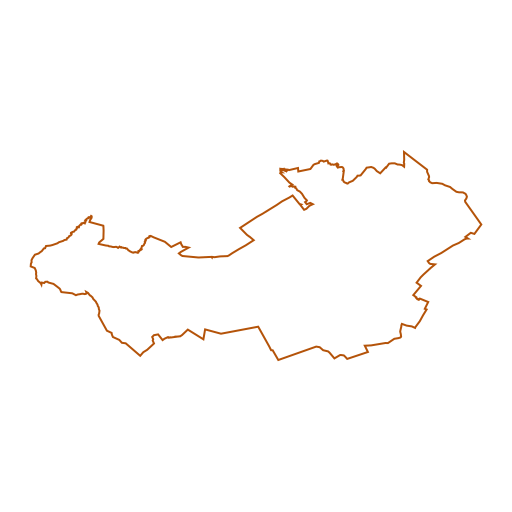 Raucesti, Neamt, Romania (Robinson projection)
{"feature_id": "2599482B39967061360083", "entity_name": "Raucesti", "entity_type": "district", "adm_level": 2, "iso_a3": "ROU", "parent_name": "Romania", "parent_adm1": "Neamt", "projection": "robinson", "projection_center": [26.386, 47.259], "detail": "fine", "context": "isolated", "style": "outline", "palette": "amber", "viewbox_px": 512, "rotation_deg": 0, "n_neighbors": 0, "source": "geoboundaries", "source_scale": "gbopen_adm2", "svg_char_len": 5989}
<svg xmlns="http://www.w3.org/2000/svg" viewBox="0 0 512 512"><path d="M30.7,266.4L34.7,268.0L35.8,270.4L36.2,272.6L36.0,274.1L36.4,276.0L36.1,278.4L37.0,279.2L38.1,281.0L40.7,283.2L41.4,284.6L41.7,282.6L44.2,283.0L45.3,281.8L47.5,281.7L48.3,282.5L53.5,283.9L57.2,286.7L59.6,288.6L60.1,289.3L61.2,291.9L61.5,292.1L72.3,293.3L75.9,295.2L77.7,294.5L80.4,294.1L81.0,293.9L82.9,293.7L84.6,294.1L85.8,293.9L86.5,293.5L86.6,293.1L86.2,291.9L88.0,292.9L89.9,295.4L90.5,295.6L92.5,297.4L93.2,298.9L95.9,301.7L96.3,302.7L97.5,304.6L97.8,306.0L98.7,307.3L98.9,309.2L99.5,310.7L99.1,313.6L98.6,314.8L98.7,315.9L106.9,330.7L111.6,332.9L111.9,334.6L112.9,337.0L119.3,339.9L121.9,342.8L125.7,343.3L140.2,355.8L143.3,352.2L147.2,349.8L154.0,343.5L152.7,340.5L153.2,339.2L152.2,337.0L153.9,335.2L158.1,334.4L162.6,340.1L164.5,338.7L168.0,337.1L168.5,337.2L168.6,337.7L169.7,337.6L170.3,337.3L170.8,337.5L176.0,336.8L175.9,336.6L178.5,336.5L179.1,336.3L180.0,336.4L182.0,335.1L187.8,329.6L203.4,339.3L205.1,329.4L221.0,333.7L258.2,326.7L269.2,346.4L271.1,350.2L272.7,350.3L278.3,360.0L316.2,346.6L319.7,347.2L323.1,350.2L328.1,351.4L329.5,352.6L334.4,358.4L340.0,355.1L340.8,355.0L343.8,355.4L345.0,356.5L347.2,358.9L367.9,352.0L364.8,345.7L371.1,345.4L385.5,343.0L387.9,343.1L394.3,338.8L398.5,338.1L400.4,337.5L400.9,337.0L401.1,336.6L400.8,334.1L400.2,331.7L400.4,330.4L401.3,326.6L401.4,325.2L401.9,323.9L406.6,325.6L411.8,326.4L415.1,327.9L415.4,327.1L419.8,321.2L423.1,315.2L426.6,309.5L424.8,308.8L428.2,302.0L419.9,298.6L419.6,298.6L419.1,299.5L418.7,299.3L418.5,299.7L417.6,299.3L417.8,299.0L416.3,298.1L415.9,297.6L416.2,297.2L413.3,295.1L421.0,285.9L416.6,282.7L420.7,277.3L423.5,274.5L430.4,268.2L435.0,264.4L430.2,263.9L429.1,263.1L427.7,261.1L434.2,256.7L441.3,253.0L453.0,245.5L458.8,243.0L464.6,239.3L466.8,238.5L467.9,238.5L465.4,236.9L470.8,232.8L474.4,233.9L481.3,224.5L465.2,201.8L465.0,200.4L466.3,198.6L466.9,196.7L466.4,195.3L465.5,193.8L462.9,192.4L458.9,192.3L456.4,191.8L452.2,188.8L450.1,187.0L445.0,185.3L442.3,183.8L436.6,182.9L432.2,183.2L430.2,182.3L429.0,181.1L429.1,180.3L428.3,179.5L429.1,177.1L429.0,176.1L427.1,171.8L427.1,169.7L404.0,152.0L404.2,159.9L403.8,162.6L404.3,164.0L404.0,164.9L404.2,165.6L404.1,166.7L402.0,165.1L399.7,164.6L397.6,164.5L394.7,163.3L391.9,163.3L389.1,163.7L386.1,167.7L385.7,167.4L380.2,173.3L376.8,171.1L374.7,168.7L373.4,167.8L371.2,167.0L366.6,167.7L365.7,169.1L360.6,175.4L358.7,175.7L357.5,175.7L356.7,177.0L352.8,180.8L349.0,182.4L347.8,183.5L347.2,183.6L346.3,183.0L345.5,182.8L344.3,182.2L343.6,181.5L342.9,179.6L342.4,179.6L342.8,178.4L343.8,171.0L343.4,171.0L343.7,170.0L343.6,169.0L343.4,168.3L342.7,167.4L341.9,167.0L339.1,167.2L337.8,167.6L336.7,166.1L336.5,165.5L338.0,165.4L338.4,164.9L337.7,163.8L337.0,163.4L335.8,164.1L333.8,164.8L332.6,164.4L331.6,164.7L330.6,164.6L330.3,163.6L330.1,163.5L328.4,163.4L328.5,162.6L328.0,162.1L327.6,160.7L327.1,160.5L323.7,161.6L322.8,160.9L320.9,160.6L320.1,161.2L319.3,161.4L318.9,162.9L314.8,164.1L313.5,164.8L310.4,169.0L298.3,171.5L298.0,168.0L289.0,170.1L288.2,169.7L286.7,169.5L286.2,170.0L286.8,170.1L287.0,170.6L286.4,171.3L286.1,171.0L285.3,171.0L285.1,170.7L284.4,170.5L285.1,170.0L285.0,169.7L284.9,169.4L284.5,169.6L284.0,168.8L283.4,169.1L282.6,169.0L282.5,169.4L282.0,169.2L281.9,169.6L281.5,169.5L281.3,168.9L280.4,168.8L280.5,169.3L280.3,169.8L280.9,170.1L281.2,170.4L280.5,170.6L280.5,171.3L280.7,171.6L281.1,171.3L281.4,171.4L281.5,171.6L281.1,172.0L281.6,172.3L280.8,172.3L280.2,173.2L284.3,177.1L289.4,182.6L292.3,184.6L289.4,186.4L289.6,186.6L291.0,185.9L292.9,186.8L293.6,186.4L295.3,186.7L295.1,187.7L296.3,188.4L297.0,189.9L297.5,190.3L299.9,191.6L302.0,193.8L304.5,197.9L306.9,200.4L306.3,201.3L305.1,202.1L306.7,204.2L310.3,202.9L312.8,204.2L310.2,205.4L309.1,206.1L306.4,208.8L304.1,209.8L300.4,205.0L301.2,204.5L299.4,203.9L292.6,195.5L289.4,197.5L282.1,201.3L276.7,205.0L262.1,214.0L257.0,216.8L240.1,227.9L246.9,234.8L249.3,236.6L249.5,236.6L253.7,240.2L245.8,245.3L239.0,249.1L232.2,253.2L228.8,255.5L227.5,256.1L220.0,256.4L214.5,257.2L212.2,256.9L212.0,257.5L211.6,257.0L211.1,256.9L198.5,257.5L182.4,256.0L180.9,255.1L178.9,253.4L180.9,251.9L188.6,247.6L185.6,246.9L182.8,246.9L182.0,245.3L181.4,244.6L180.6,242.3L171.2,247.0L164.9,241.8L153.6,237.3L150.7,235.9L149.4,236.1L149.3,236.4L149.5,237.0L148.7,237.4L148.6,237.8L147.8,237.9L146.3,238.7L145.6,239.4L145.9,240.0L145.8,240.5L145.2,240.6L145.2,241.3L144.8,241.8L145.1,242.2L144.9,243.1L144.5,243.4L143.8,245.1L142.8,245.9L142.0,246.0L141.4,248.1L140.7,249.0L141.3,248.9L141.7,249.2L141.4,249.6L139.4,250.6L139.2,251.0L138.8,251.0L139.0,251.5L137.9,252.1L138.0,252.7L137.6,252.8L135.7,252.1L134.8,252.4L134.2,252.2L133.3,252.7L132.2,252.4L129.9,251.3L129.4,250.8L128.5,250.4L126.9,248.5L125.9,248.5L125.5,248.0L123.9,248.0L123.0,247.6L121.7,247.6L121.4,247.2L120.9,247.4L120.7,247.1L120.2,247.1L119.6,246.6L118.1,247.9L117.7,247.7L117.6,247.4L116.1,246.8L113.8,247.1L112.3,246.9L111.0,246.5L109.0,246.3L108.4,245.8L105.8,245.5L98.6,243.9L99.1,242.6L99.6,242.1L103.4,238.9L103.6,230.7L103.4,226.0L103.3,225.7L102.9,225.6L89.5,222.0L90.1,220.1L91.6,217.8L91.7,216.6L91.6,216.2L91.1,215.9L90.7,216.6L90.1,217.1L90.0,217.5L89.4,217.2L88.6,217.2L88.4,217.4L88.4,218.2L87.4,218.4L85.8,219.7L86.0,220.0L85.4,220.4L85.9,220.8L85.3,221.3L85.3,222.3L84.3,222.6L84.9,223.1L84.8,223.4L83.6,222.9L82.9,223.2L81.5,223.3L81.3,223.7L81.5,224.5L81.3,224.7L80.6,224.5L79.5,225.6L78.8,226.4L79.0,226.9L78.9,227.3L78.4,227.3L78.3,226.7L77.0,227.0L76.9,227.1L77.3,227.6L76.9,228.2L76.8,228.6L76.4,228.7L76.2,229.7L75.2,230.1L73.9,231.7L72.6,231.9L71.0,232.8L70.9,233.3L71.7,233.9L71.5,234.6L70.6,235.5L69.1,236.2L68.6,237.3L68.3,237.6L67.1,238.1L66.6,239.6L64.5,240.0L63.1,240.9L59.0,242.2L57.4,243.3L52.5,245.0L50.2,245.6L46.0,246.0L45.1,248.2L43.9,248.4L41.7,251.2L40.3,252.1L38.6,253.5L34.9,254.7L32.5,258.2L31.5,260.2L31.6,262.4L31.2,263.0L30.9,263.9L30.7,266.4Z" fill="none" stroke="#b45309" stroke-width="2"/></svg>